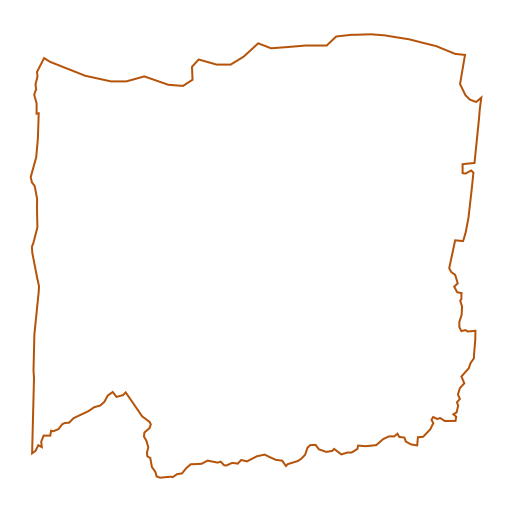 Arecibo, Puerto Rico (Mercator projection)
{"feature_id": "32010507B88013752264410", "entity_name": "Arecibo", "entity_type": "district", "adm_level": 2, "iso_a3": "PRI", "parent_name": "Puerto Rico", "parent_adm1": "", "projection": "mercator", "projection_center": [-66.671, 18.404], "detail": "fine", "context": "isolated", "style": "outline", "palette": "amber", "viewbox_px": 512, "rotation_deg": 0, "n_neighbors": 0, "source": "geoboundaries", "source_scale": "gbopen_adm2", "svg_char_len": 2968}
<svg xmlns="http://www.w3.org/2000/svg" viewBox="0 0 512 512"><path d="M455.5,420.9L456.2,416.7L453.4,414.3L456.6,412.4L458.2,405.5L456.9,402.4L459.9,398.9L457.9,394.5L459.9,388.1L464.3,383.3L461.4,376.5L468.8,368.2L470.5,363.2L473.9,358.3L474.0,355.0L475.3,339.4L475.4,330.8L467.7,331.5L465.5,330.1L461.4,331.1L459.4,327.3L459.3,322.2L461.6,314.8L462.1,306.8L460.2,300.7L461.4,299.1L461.4,294.5L461.6,293.1L460.2,292.8L457.2,292.3L454.2,286.7L457.7,283.3L455.2,274.9L451.2,272.0L449.2,268.2L454.9,241.5L455.2,240.3L463.0,241.1L463.7,239.2L465.7,232.3L466.3,229.1L468.5,217.7L471.9,187.5L473.4,172.7L471.2,170.5L470.9,170.7L465.4,173.6L462.6,173.1L462.6,164.2L467.7,163.6L474.5,163.0L479.0,118.7L479.8,108.9L481.3,97.6L476.2,102.0L469.9,99.6L465.5,95.3L460.0,84.0L460.1,83.7L464.5,57.8L465.0,54.9L455.2,53.9L436.6,46.3L436.1,46.1L422.4,42.7L409.2,39.3L404.0,38.5L388.4,36.0L385.1,35.4L371.0,34.3L367.1,34.4L354.8,34.8L351.4,34.8L336.2,36.5L326.7,45.5L319.2,45.5L305.9,45.5L289.3,46.9L271.1,48.3L258.2,43.3L254.8,46.4L254.0,47.2L246.0,54.5L243.6,56.7L240.0,58.9L230.8,64.5L230.7,64.6L230.1,64.6L216.7,64.6L204.0,61.0L203.3,60.8L198.7,59.5L192.4,66.3L192.0,66.8L192.2,71.8L192.5,79.8L192.1,80.0L183.0,85.9L173.4,85.2L172.8,85.1L172.7,85.1L171.5,85.0L168.4,84.8L160.6,82.1L152.4,79.2L149.7,78.3L144.3,76.4L134.6,79.1L126.3,81.4L124.6,81.4L111.1,81.4L110.4,81.3L109.2,81.0L94.5,77.8L85.3,75.8L73.5,71.1L67.4,68.7L50.0,61.8L44.1,58.1L37.0,71.9L37.5,76.3L35.5,84.4L36.2,89.7L35.5,90.7L34.2,94.8L36.6,103.3L36.6,113.7L38.7,113.3L37.9,138.0L36.8,150.6L36.2,157.3L30.7,177.2L31.9,182.4L34.7,186.0L37.1,198.9L37.0,206.6L37.1,214.7L37.4,227.3L33.4,242.9L31.9,246.8L32.3,252.9L37.5,279.6L37.7,280.1L39.0,286.4L38.7,291.9L34.7,331.1L34.4,333.9L33.5,370.6L34.0,377.8L32.1,453.3L35.5,450.9L38.3,445.2L41.8,447.1L41.2,441.7L43.6,435.6L50.3,435.6L51.1,430.7L53.2,431.3L58.5,429.1L62.3,424.2L64.7,423.0L69.1,422.7L73.5,418.2L88.5,411.1L94.2,407.2L100.3,405.5L104.5,401.7L107.7,395.6L112.7,392.0L116.5,396.9L123.1,395.1L125.7,392.4L142.2,416.4L149.6,421.9L150.8,424.4L149.5,428.2L144.4,432.5L144.0,436.6L146.4,440.8L148.3,447.4L146.9,452.7L147.4,456.3L150.3,458.1L151.9,467.0L155.4,472.0L156.7,476.5L160.1,477.7L170.6,476.7L172.8,477.1L177.0,474.2L182.0,473.4L186.4,468.0L190.7,464.3L201.5,463.8L207.6,460.6L217.5,462.6L220.7,461.7L224.2,465.3L226.4,465.5L232.1,462.9L237.3,463.5L237.7,463.7L241.2,460.0L247.0,461.4L256.8,456.3L264.7,454.6L269.9,457.2L275.8,459.8L282.2,460.7L285.9,466.0L287.8,464.1L297.9,461.0L301.1,458.9L305.1,454.8L307.5,447.7L310.3,445.1L315.6,444.9L318.9,449.3L326.2,451.9L332.3,450.9L334.1,448.9L341.3,454.4L347.5,452.5L351.7,452.5L357.4,448.9L358.1,445.6L365.9,446.2L376.3,445.1L383.2,439.1L388.8,436.4L394.2,436.4L397.5,433.7L399.2,436.9L404.4,437.6L405.9,441.6L411.0,444.4L417.2,445.4L417.9,437.2L423.1,436.8L430.2,429.4L433.3,423.2L431.5,419.8L433.2,417.0L437.4,419.1L440.0,418.0L444.9,421.0L455.5,420.9Z" fill="none" stroke="#b45309" stroke-width="2"/></svg>